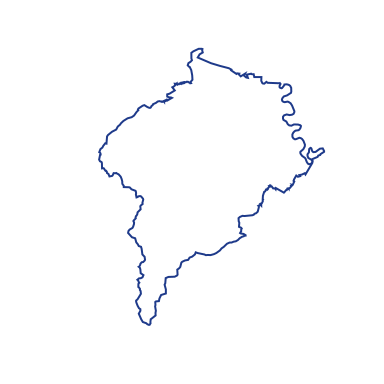 Parau, Brasov, Romania (Mercator projection), rotated 116°
{"feature_id": "2599482B71201196039236", "entity_name": "Parau", "entity_type": "district", "adm_level": 2, "iso_a3": "ROU", "parent_name": "Romania", "parent_adm1": "Brasov", "projection": "mercator", "projection_center": [25.249, 45.842], "detail": "fine", "context": "isolated", "style": "outline", "palette": "blue", "viewbox_px": 384, "rotation_deg": 116, "n_neighbors": 0, "source": "geoboundaries", "source_scale": "gbopen_adm2", "svg_char_len": 6013}
<svg xmlns="http://www.w3.org/2000/svg" viewBox="0 0 384 384"><g transform="rotate(116 192 192)"><path d="M196.9,292.8L197.0,291.9L197.4,291.2L198.5,290.5L198.9,290.9L203.6,289.7L204.7,288.2L204.7,286.5L205.4,285.7L210.2,283.2L209.5,282.3L209.4,281.6L210.8,279.3L210.9,278.9L210.6,278.6L211.0,277.6L212.2,276.7L212.4,275.0L214.2,273.0L212.6,270.9L211.9,270.6L209.4,270.7L208.8,269.2L208.1,268.4L208.3,267.5L208.3,265.7L209.5,262.8L211.2,260.9L213.1,259.3L214.7,258.5L215.5,257.8L216.2,256.2L217.5,255.5L215.3,250.6L215.2,249.8L216.1,247.6L215.7,243.5L215.9,242.9L217.6,241.7L218.7,241.4L221.2,239.5L220.3,238.6L219.5,238.4L218.4,236.9L218.3,235.8L219.5,233.1L220.2,232.5L223.5,231.8L224.4,231.1L226.8,232.2L227.5,232.2L230.1,230.6L234.1,232.0L236.1,231.4L237.6,231.5L238.2,231.8L239.6,231.6L240.3,231.0L243.4,232.0L244.1,231.7L244.6,230.8L246.2,230.1L249.0,229.7L250.5,229.8L253.1,231.6L254.9,232.0L256.8,231.5L259.0,226.1L258.5,222.8L261.7,220.0L262.7,217.8L263.9,216.2L263.6,213.8L265.1,212.4L269.9,209.2L271.0,206.2L273.5,204.5L274.4,204.5L276.4,205.2L277.1,206.3L277.9,206.6L279.1,206.9L280.1,206.6L282.2,206.7L282.6,207.0L282.9,205.7L284.2,204.5L287.5,202.5L288.0,199.2L290.4,199.1L291.9,200.2L292.9,201.8L294.8,202.6L295.0,201.7L296.3,200.4L296.6,199.6L298.1,199.9L300.9,198.6L301.0,197.9L301.9,196.3L302.9,195.9L303.5,194.8L305.9,193.3L312.3,193.9L314.0,194.6L314.5,194.5L315.8,193.5L318.1,191.0L319.7,188.7L319.9,187.1L321.4,186.3L324.7,186.5L328.7,181.8L330.4,179.2L330.0,175.5L330.4,174.3L330.4,172.8L330.0,172.2L330.7,172.0L328.2,171.7L327.1,172.4L324.5,173.3L318.9,170.6L316.7,171.8L314.6,172.4L311.0,175.0L309.6,175.3L307.0,176.8L306.1,176.4L304.6,173.9L301.9,174.6L298.1,174.6L294.7,171.0L291.0,172.8L287.3,176.0L285.8,176.0L280.9,177.9L278.7,176.0L275.7,170.4L273.7,168.9L272.7,168.7L268.2,171.2L266.2,170.1L264.5,169.7L260.1,170.6L259.0,170.2L256.6,168.3L254.7,165.7L252.0,165.4L250.0,163.5L246.8,162.0L244.6,162.2L244.4,160.2L242.7,153.4L242.7,151.9L241.6,150.1L240.6,147.7L238.2,145.0L236.2,143.4L232.3,141.3L229.7,140.7L227.4,139.4L223.2,137.9L220.9,136.0L220.0,134.2L218.4,132.8L217.1,131.0L214.9,129.6L212.7,128.9L210.3,127.4L209.0,126.0L208.4,125.9L207.7,124.7L207.3,124.9L207.1,127.3L207.9,130.0L207.8,130.8L205.6,130.6L204.3,131.3L203.0,131.3L202.6,132.3L202.7,134.5L198.9,136.0L197.8,137.2L195.1,138.7L193.4,138.0L191.3,136.2L190.6,134.3L186.4,127.5L185.3,126.5L184.2,126.3L183.0,125.1L180.9,124.3L176.5,125.2L175.5,125.6L175.3,126.3L173.7,125.2L173.6,124.7L173.9,123.8L172.9,124.3L173.0,124.9L172.5,124.7L172.3,124.1L172.2,125.0L171.5,124.3L169.3,124.3L168.2,125.0L167.6,124.8L167.2,125.4L164.3,126.6L160.2,127.2L159.4,126.5L157.3,126.6L157.0,126.2L157.2,125.9L157.1,125.4L156.6,125.2L156.4,125.7L155.7,125.7L155.3,125.2L153.7,125.1L153.0,124.3L152.6,124.5L152.5,124.9L152.2,124.5L151.7,124.6L151.7,124.1L152.5,123.4L152.1,122.7L153.2,120.6L152.6,119.6L152.6,118.6L152.9,118.0L151.7,118.3L152.2,110.5L152.3,109.1L152.1,109.0L148.9,108.2L148.7,107.7L147.3,107.8L147.2,107.2L146.5,107.2L146.3,106.7L146.5,106.4L146.2,106.5L145.7,105.9L143.5,105.3L143.1,105.7L142.7,105.1L141.9,104.8L141.7,105.2L141.6,104.7L141.1,104.6L137.7,104.7L137.5,105.6L135.9,105.8L131.5,105.5L131.9,103.5L130.4,101.8L129.7,102.9L128.2,100.9L125.7,98.9L126.5,97.7L113.2,96.6L111.2,97.1L110.1,98.6L105.4,94.5L103.9,94.5L102.5,93.0L101.6,93.1L98.0,90.9L97.3,91.2L95.5,93.6L97.0,96.0L101.8,98.5L102.9,100.2L102.9,101.1L102.3,102.2L100.6,103.7L100.3,104.4L100.4,104.9L102.0,105.5L105.1,104.3L107.5,104.7L108.9,104.0L110.4,102.4L110.7,98.5L111.9,97.1L113.6,97.1L114.8,97.6L115.7,99.0L115.7,100.3L114.6,102.1L112.1,104.8L111.8,105.7L111.3,108.8L110.2,110.9L109.4,111.8L108.3,112.2L104.7,110.7L101.7,110.6L100.0,111.2L97.2,114.2L96.1,116.3L95.9,117.8L96.2,119.3L98.8,121.6L99.5,122.5L99.4,124.3L98.4,125.9L96.3,127.0L94.3,127.0L92.6,126.5L91.5,125.9L89.8,123.4L88.7,122.8L86.8,122.6L84.9,123.0L84.5,123.9L84.9,126.3L86.6,130.0L88.8,131.7L89.5,133.8L89.1,135.6L87.3,138.1L87.1,141.4L86.1,142.4L84.4,143.2L82.7,142.8L80.8,140.9L80.1,138.0L78.7,136.0L77.3,135.0L75.6,135.0L74.5,135.4L70.4,140.0L69.0,142.3L68.7,144.8L68.9,145.8L70.6,148.0L70.9,149.4L70.6,150.7L69.7,151.6L68.3,151.9L65.9,151.4L63.5,148.9L59.5,146.5L58.2,146.8L54.9,148.5L53.6,150.2L53.3,151.4L53.4,152.9L53.8,154.3L54.9,156.1L55.7,155.9L59.0,156.6L59.5,157.0L59.7,158.4L59.5,159.1L58.4,159.8L56.1,159.8L55.6,160.8L55.9,161.0L60.7,171.9L60.4,173.4L62.9,174.5L63.4,175.7L63.3,176.5L61.7,178.5L58.3,180.0L61.4,186.4L59.1,188.2L59.7,189.3L60.0,190.5L59.8,190.8L62.5,194.2L64.9,191.8L65.3,193.5L64.6,196.2L62.4,196.2L66.7,198.9L65.5,202.2L65.1,202.0L65.6,203.5L66.4,203.8L65.5,210.2L64.7,210.2L64.6,213.2L66.4,222.1L67.9,231.3L68.6,245.8L64.9,245.5L61.9,243.5L60.3,244.9L58.9,245.3L59.0,245.9L60.4,248.8L64.9,252.4L67.2,253.6L72.2,251.1L73.6,249.8L75.6,250.4L77.7,251.7L80.0,251.4L80.7,249.6L80.6,248.9L82.8,246.1L87.0,243.0L90.9,240.8L93.2,241.4L94.2,241.2L94.6,240.6L95.1,241.3L94.6,242.3L95.0,243.3L94.7,243.8L95.1,245.0L96.2,245.7L96.3,246.7L96.6,247.2L97.6,246.8L97.9,247.1L97.4,248.1L97.8,248.7L98.4,248.3L99.0,248.5L98.7,248.9L98.8,249.7L99.7,249.5L99.9,249.8L99.7,250.3L99.9,250.9L100.9,251.0L101.3,252.0L102.1,252.3L102.0,253.1L101.2,253.4L101.7,253.7L102.2,254.9L102.9,254.2L103.7,254.0L105.3,254.7L106.5,255.6L108.3,252.0L113.5,255.3L115.1,257.1L117.1,256.1L117.0,254.3L116.2,252.1L116.2,251.3L119.6,253.6L119.8,254.2L120.2,254.2L120.1,254.7L120.8,254.6L121.1,255.2L121.8,255.5L121.9,255.9L121.1,256.0L122.3,257.0L123.1,256.6L122.7,257.4L123.0,257.7L123.5,257.5L124.2,258.5L124.1,259.4L124.3,259.5L124.6,261.1L125.7,262.5L127.6,263.4L130.2,265.5L131.2,265.4L132.5,266.1L134.1,266.1L134.8,266.6L135.1,267.5L135.2,269.4L134.8,272.9L136.1,274.2L140.4,276.7L141.5,276.8L142.0,276.1L144.4,276.9L148.7,277.6L151.2,279.0L154.0,282.2L158.2,284.8L161.7,286.1L162.8,286.1L165.7,287.4L169.1,287.5L172.9,290.3L177.7,292.5L179.3,292.7L186.0,290.1L186.2,291.3L189.5,292.0L191.3,292.0L193.6,293.1L196.9,292.8Z" fill="none" stroke="#1e3a8a" stroke-width="2"/></g></svg>